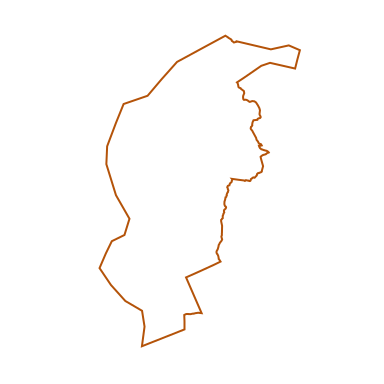 Assin Fosu, Central, Ghana (Natural Earth projection), rotated 277°
{"feature_id": "2480657B24956698199939", "entity_name": "Assin Fosu", "entity_type": "district", "adm_level": 2, "iso_a3": "GHA", "parent_name": "Ghana", "parent_adm1": "Central", "projection": "natural_earth1", "projection_center": [-1.29, 5.722], "detail": "fine", "context": "isolated", "style": "outline", "palette": "amber", "viewbox_px": 384, "rotation_deg": 277, "n_neighbors": 0, "source": "geoboundaries", "source_scale": "gbopen_adm2", "svg_char_len": 5426}
<svg xmlns="http://www.w3.org/2000/svg" viewBox="0 0 384 384"><g transform="rotate(277 192 192)"><path d="M72.9,216.3L106.5,196.5L114.5,209.8L122.5,222.8L126.4,228.8L127.9,227.6L128.9,226.6L129.0,226.6L129.4,226.6L130.0,226.4L131.0,226.1L131.6,225.9L133.3,224.9L133.4,224.7L133.5,224.7L133.8,224.3L134.2,224.0L134.9,223.7L135.3,223.7L136.0,223.6L136.3,223.7L137.0,223.9L137.5,224.2L137.8,224.3L138.3,224.5L140.8,224.9L142.7,225.0L143.2,225.3L143.5,225.4L144.1,225.6L144.7,225.8L145.0,225.9L146.0,226.5L146.5,226.9L147.1,227.2L148.0,227.5L148.4,227.7L148.6,227.7L150.7,226.8L150.8,226.8L151.1,226.7L151.4,226.6L151.6,226.6L151.9,226.7L152.3,226.8L152.6,226.9L153.1,226.9L154.3,226.7L154.5,226.7L155.0,226.7L162.1,226.0L166.5,224.5L167.8,224.3L168.1,224.6L168.6,224.9L169.0,225.0L169.7,225.7L172.0,225.4L172.1,225.5L172.6,225.6L173.5,225.8L173.9,225.8L174.0,225.9L174.3,225.9L174.5,225.9L174.7,226.0L174.9,226.1L175.0,226.2L175.4,226.4L175.6,226.5L176.0,226.4L176.6,226.1L176.9,226.0L177.1,226.0L177.5,226.0L178.0,226.1L178.2,226.3L178.3,226.4L178.5,226.4L178.7,226.6L179.0,226.9L179.6,227.4L179.9,227.5L180.7,227.7L181.0,227.7L181.4,227.5L181.5,227.4L181.7,227.0L181.8,227.0L181.9,226.8L181.9,226.7L182.2,226.4L182.5,226.2L183.9,225.6L186.4,225.4L186.5,225.4L186.8,225.5L187.0,225.5L187.3,225.6L187.8,225.7L188.0,225.7L188.4,225.8L190.2,225.9L190.5,225.9L190.5,226.0L190.9,226.2L191.1,226.4L191.4,226.6L191.5,226.6L192.0,226.7L192.7,226.7L192.8,226.8L192.9,226.7L193.1,226.7L193.4,226.7L193.5,226.8L193.8,226.8L194.0,226.8L194.3,226.9L194.9,227.0L195.0,227.1L195.5,227.2L196.2,227.6L196.3,227.5L196.6,227.6L196.9,227.6L197.4,227.8L197.7,227.9L198.0,227.9L198.5,227.7L199.0,227.3L199.3,227.2L200.0,227.1L200.4,226.9L200.7,226.5L200.9,226.4L201.1,226.4L202.1,226.7L202.4,226.8L202.5,226.9L203.0,227.8L203.1,228.0L203.4,228.2L203.4,228.3L203.5,228.3L204.1,228.5L204.4,228.5L204.7,228.5L205.2,228.8L205.5,228.9L205.8,229.1L205.9,229.3L206.0,229.5L206.3,229.7L206.7,230.0L206.8,230.1L207.1,230.2L207.3,230.2L208.0,230.1L208.8,230.4L209.0,230.5L209.5,230.4L209.9,230.0L209.8,236.6L209.8,242.4L209.6,242.6L209.5,242.9L209.6,243.0L209.6,243.4L210.2,243.8L210.3,244.0L210.3,244.5L210.2,245.0L210.1,245.5L210.2,245.8L210.2,246.0L210.2,246.3L210.2,246.6L210.1,246.8L209.9,247.3L209.9,247.6L209.9,248.0L210.0,248.3L210.3,248.6L210.5,248.7L210.9,248.8L211.7,248.8L211.8,248.8L212.0,248.9L212.2,249.1L212.3,249.3L212.5,249.6L212.9,250.0L213.0,250.1L213.5,250.3L213.6,250.5L213.9,251.2L214.0,251.4L213.9,251.7L213.8,251.8L213.8,252.1L213.8,252.4L214.3,252.8L214.6,253.0L214.9,253.2L215.2,253.3L215.4,253.6L216.2,254.2L216.6,254.3L216.9,254.4L217.1,254.3L217.4,254.3L217.8,254.4L218.1,254.6L218.3,254.8L218.8,255.3L218.7,255.5L219.1,256.4L219.3,256.5L219.5,256.9L219.6,257.2L219.8,257.7L220.0,257.9L220.3,258.4L220.8,258.8L221.3,258.7L226.3,259.4L233.5,256.4L235.3,255.8L235.8,256.2L236.0,256.4L236.2,256.6L236.5,256.9L236.6,257.0L236.9,257.4L237.4,258.0L237.6,258.7L237.8,258.9L238.1,259.8L238.4,260.5L238.7,260.7L238.8,260.9L238.9,261.1L239.9,261.9L240.1,262.2L240.2,262.6L240.3,263.0L240.4,263.3L240.6,263.4L240.7,263.2L240.8,263.1L240.9,262.9L241.2,262.6L241.5,262.2L242.0,261.0L242.1,259.6L242.2,259.2L242.3,259.0L242.3,258.7L242.3,258.4L242.4,257.7L242.6,257.2L242.7,256.8L242.8,256.4L242.8,255.8L242.8,255.7L243.9,254.1L245.2,253.2L246.1,252.8L246.4,254.7L246.7,255.5L247.8,254.7L248.1,253.4L248.5,252.5L248.8,252.1L249.4,251.7L249.9,251.5L250.2,251.3L250.6,250.8L251.2,250.2L251.7,249.7L253.6,249.0L254.4,248.4L257.9,245.9L259.0,245.1L260.1,244.4L261.4,243.0L261.9,242.6L262.3,242.5L262.8,242.5L263.3,242.6L263.9,242.7L264.1,243.0L264.8,243.4L265.0,243.5L265.4,243.7L265.7,243.7L266.2,243.5L268.5,243.6L270.7,244.3L271.6,248.1L272.0,248.2L272.4,248.2L272.6,248.3L273.0,248.8L273.3,249.3L273.6,250.3L273.7,250.5L273.8,250.6L274.4,251.0L274.5,251.0L274.9,251.0L275.1,250.9L275.5,250.7L275.8,250.5L275.9,250.4L276.0,250.4L276.5,250.0L276.6,249.9L277.0,249.7L277.3,249.6L277.6,249.5L281.4,249.5L283.5,248.6L286.1,246.8L288.7,244.6L289.6,242.9L289.6,240.7L288.6,238.7L288.5,238.4L288.5,238.0L289.2,236.9L289.4,236.4L289.6,236.2L290.0,235.1L290.1,234.6L290.1,234.3L290.1,233.4L289.9,232.9L289.8,232.6L289.8,232.3L289.9,232.1L290.3,231.7L290.7,231.5L291.1,231.4L291.7,231.3L292.0,231.2L292.5,231.1L293.8,231.1L296.4,231.8L298.5,231.2L300.5,227.8L300.7,227.6L300.9,227.6L301.0,227.4L301.3,226.1L301.8,225.4L302.5,225.1L302.8,225.1L303.3,224.9L303.6,224.8L304.3,224.6L304.9,224.3L305.4,224.1L305.7,223.9L305.9,223.7L306.0,223.7L306.3,223.3L311.5,229.4L325.7,245.4L329.7,253.7L327.1,279.3L336.1,280.4L345.9,281.8L349.3,270.2L343.2,252.9L347.0,217.9L346.5,217.9L346.4,217.5L345.5,215.4L346.8,213.4L346.8,213.2L347.4,212.8L347.7,212.6L347.9,212.6L348.1,212.3L348.3,212.1L349.5,209.3L349.6,209.2L350.0,208.7L350.2,208.3L350.3,208.0L350.7,207.1L350.9,206.7L351.1,206.3L351.2,206.1L337.2,186.4L319.3,161.3L300.1,148.0L282.1,136.2L271.0,113.4L251.3,108.1L227.0,102.2L209.2,103.6L179.6,116.9L157.8,133.2L141.1,130.2L133.4,118.4L120.6,114.0L105.2,109.5L89.8,122.9L75.7,139.1L68.0,156.9L52.6,161.3L32.8,161.1L36.9,168.6L54.7,201.3L62.8,200.3L69.0,199.3L70.0,200.8L70.2,201.3L70.4,202.4L70.4,202.5L70.4,202.9L70.4,203.1L70.4,203.6L70.5,203.7L70.5,204.9L70.6,205.5L70.9,206.3L71.3,207.4L71.4,207.8L71.4,208.2L71.5,208.3L71.5,208.7L71.6,208.9L72.1,210.0L72.5,211.5L72.8,212.5L72.9,212.8L72.9,216.3Z" fill="none" stroke="#b45309" stroke-width="2"/></g></svg>